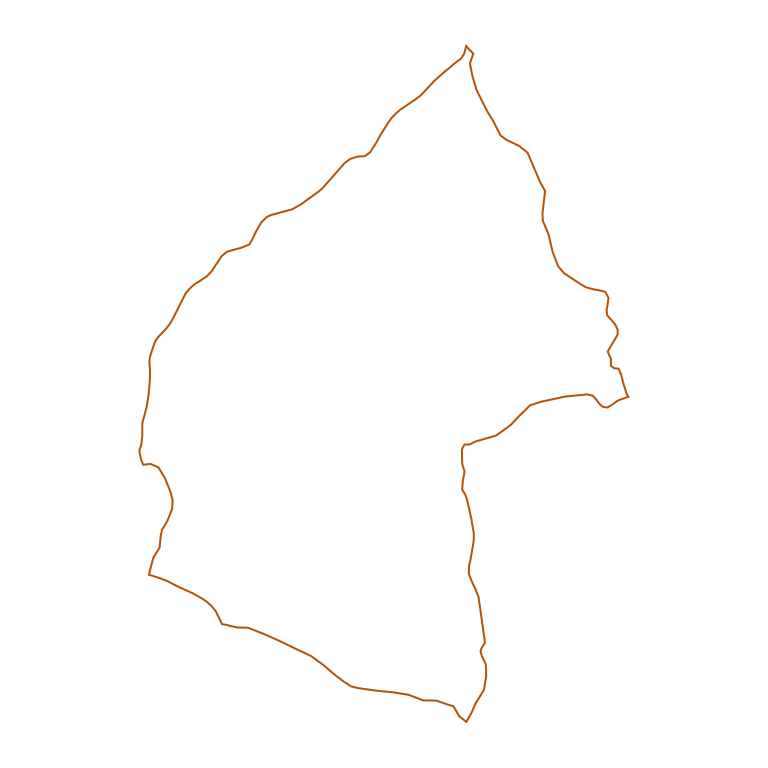 Yurung, Pemagatsel, Bhutan
{"feature_id": "84629894B71401387613270", "entity_name": "Yurung", "entity_type": "district", "adm_level": 2, "iso_a3": "BTN", "parent_name": "Bhutan", "parent_adm1": "Pemagatsel", "projection": "orthographic", "projection_center": [91.346, 27.042], "detail": "fine", "context": "isolated", "style": "outline", "palette": "amber", "viewbox_px": 768, "rotation_deg": 0, "n_neighbors": 0, "source": "geoboundaries", "source_scale": "gbopen_adm2", "svg_char_len": 2849}
<svg xmlns="http://www.w3.org/2000/svg" viewBox="0 0 768 768"><path d="M222.1,624.2L227.4,625.0L230.3,626.1L233.6,626.6L237.3,627.5L247.9,627.7L264.1,634.1L280.3,641.3L296.5,649.2L311.0,656.0L323.5,665.1L333.5,673.8L342.7,680.9L351.2,686.4L354.0,687.1L358.1,688.1L375.9,690.6L393.0,692.3L408.5,694.8L423.2,700.4L436.3,700.6L447.9,704.6L453.3,706.2L459.4,716.4L466.4,721.9L471.7,712.4L475.7,703.2L483.9,690.0L484.4,687.1L485.1,682.5L486.2,675.9L486.1,671.4L485.8,664.2L482.0,656.3L480.5,651.5L481.5,648.2L485.0,642.6L482.2,622.7L478.5,596.7L477.4,594.2L475.3,588.7L472.4,582.8L468.9,574.1L469.0,565.8L470.4,560.4L472.4,548.8L472.9,545.9L473.7,540.4L473.8,532.8L471.9,522.8L471.5,519.4L470.8,516.6L469.5,510.3L468.1,504.3L466.8,498.9L465.2,494.5L462.2,489.7L462.7,481.8L464.6,471.5L462.3,464.5L462.1,460.1L462.0,453.3L461.9,449.2L464.6,444.5L467.2,444.6L470.1,444.3L474.9,441.7L480.7,440.0L496.0,435.6L507.5,427.3L511.3,424.4L519.0,416.2L530.2,405.2L542.0,401.5L550.7,399.7L558.4,398.0L564.7,396.6L568.2,396.3L575.9,395.5L583.4,394.8L586.5,394.3L592.7,395.6L595.8,399.0L599.9,404.4L603.0,406.9L607.1,407.5L611.4,405.3L617.7,400.6L628.5,396.7L626.8,394.1L623.7,384.6L621.1,374.6L618.6,368.6L614.1,368.3L610.9,365.8L611.0,359.3L607.7,351.5L617.6,334.7L617.7,330.0L615.3,324.6L607.1,315.2L606.6,309.7L607.4,306.1L608.5,297.9L605.4,292.0L602.0,290.9L593.9,289.4L585.9,287.3L580.3,284.0L564.2,273.3L558.1,266.3L552.6,251.8L551.6,247.5L548.5,234.3L542.8,220.7L542.5,213.1L545.1,191.1L539.9,181.6L533.8,167.3L527.7,152.9L519.3,146.0L506.3,139.8L500.5,135.4L493.6,121.8L487.8,112.3L482.9,102.8L476.5,89.8L472.4,76.0L469.9,63.4L473.3,53.8L466.2,46.1L464.1,53.9L461.0,58.6L453.7,64.1L449.2,68.1L445.3,71.1L434.5,80.7L427.2,88.5L420.7,95.4L415.2,99.5L399.9,110.0L396.0,113.4L391.4,118.1L387.5,123.8L380.3,135.1L376.5,142.4L373.0,147.7L370.2,152.3L364.7,156.2L357.5,156.6L350.4,158.8L344.7,163.0L328.6,181.3L322.3,188.3L318.6,191.6L311.9,196.4L301.3,204.1L292.0,209.4L282.8,211.8L277.3,213.4L271.0,215.0L266.7,217.1L261.2,222.5L255.7,232.1L252.1,239.8L249.2,244.6L241.1,247.8L232.5,250.1L227.0,251.7L221.5,256.3L217.1,263.0L211.8,271.1L206.9,276.2L199.5,281.2L194.2,284.5L190.0,288.3L185.9,293.0L182.0,300.5L174.3,315.9L170.2,323.5L165.5,329.4L158.6,336.5L155.7,340.5L153.7,345.4L151.7,351.3L149.9,357.2L149.4,362.4L150.1,369.9L149.8,381.2L148.9,391.8L148.6,395.0L146.6,407.2L142.3,423.4L142.3,435.7L141.2,445.2L139.5,449.7L139.6,452.5L140.6,457.5L141.4,460.3L143.2,464.8L150.4,463.9L158.4,467.3L159.9,469.8L165.1,478.4L170.6,492.2L172.6,500.1L172.2,508.4L169.5,515.6L167.1,521.5L162.0,529.8L160.8,535.3L159.6,547.5L153.3,557.8L150.0,570.2L149.0,574.7L156.9,577.2L162.8,579.3L167.2,581.0L176.5,585.9L186.1,590.3L193.2,593.5L198.5,596.5L202.3,598.7L206.7,601.7L211.9,606.4L215.7,611.2L219.6,619.0L222.1,624.2Z" fill="none" stroke="#b45309" stroke-width="2"/></svg>